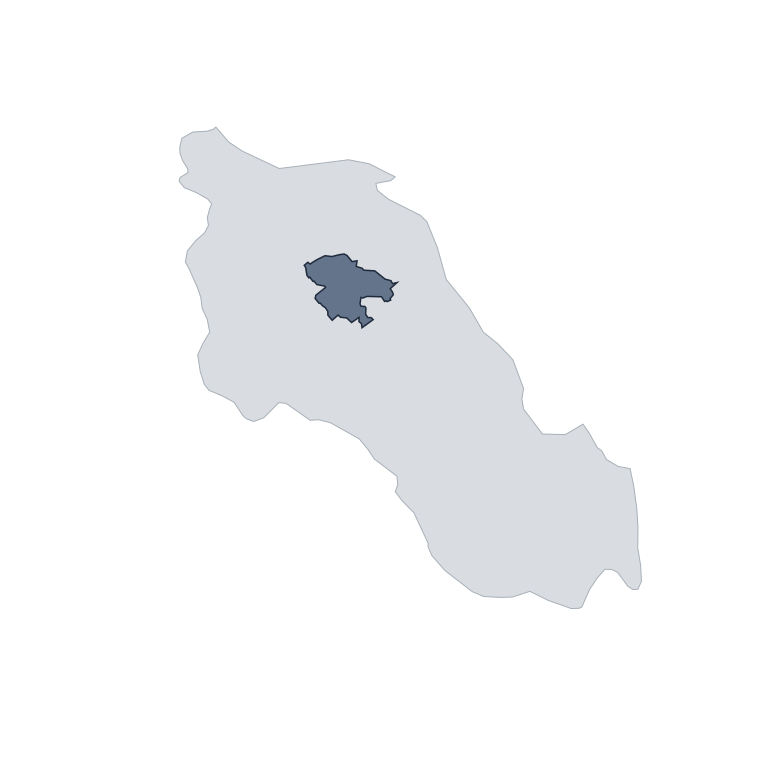 location of Berat, Berat, Albania, rotated 142°
{"feature_id": "67620474B3220488890929", "entity_name": "Berat", "entity_type": "district", "adm_level": 2, "iso_a3": "ALB", "parent_name": "Albania", "parent_adm1": "Berat", "projection": "equal_earth", "projection_center": [19.979, 40.671], "detail": "fine", "context": "in_parent", "style": "filled", "palette": "slate", "viewbox_px": 768, "rotation_deg": 142, "n_neighbors": 0, "source": "geoboundaries", "source_scale": "gbopen_adm2", "svg_char_len": 2416}
<svg xmlns="http://www.w3.org/2000/svg" viewBox="0 0 768 768"><g transform="rotate(142 384 384)"><path d="M251.9,229.8L252.5,219.3L255.1,202.6L253.6,197.1L255.2,187.6L250.3,174.9L242.2,165.8L250.1,149.7L261.5,130.2L272.1,114.7L284.9,98.7L293.4,83.2L302.6,70.0L310.4,65.9L314.4,68.8L316.4,74.5L315.9,91.7L318.6,97.6L324.0,102.0L335.5,99.8L348.3,95.6L365.4,86.5L368.3,87.1L374.7,91.8L387.9,112.5L396.7,130.8L414.1,137.1L423.8,144.3L436.2,155.1L442.3,166.0L450.8,199.4L451.9,219.6L449.4,228.8L447.3,231.2L439.7,264.1L441.6,280.9L441.5,292.0L435.0,296.4L430.6,303.3L437.8,330.8L436.9,342.6L437.3,356.0L450.2,386.8L457.7,396.3L464.5,400.8L473.2,429.2L478.4,434.1L499.4,431.4L509.7,434.6L513.8,441.3L514.7,445.9L513.4,461.8L518.7,474.1L525.8,486.7L525.8,494.4L521.1,507.0L512.8,521.7L501.7,527.4L489.4,532.2L483.5,543.7L480.6,555.8L475.1,564.9L471.7,574.8L466.6,595.1L465.4,602.4L457.1,609.9L444.1,612.9L432.6,613.5L424.7,617.0L420.8,623.9L413.4,629.5L408.9,632.0L409.0,638.2L414.4,651.1L420.5,661.6L420.6,670.0L417.6,672.3L408.2,671.3L406.2,674.4L405.2,683.8L402.6,691.8L398.7,696.7L392.0,702.1L379.6,700.3L367.9,692.2L361.8,689.8L358.3,690.0L357.4,670.3L352.4,655.0L333.9,618.3L274.0,582.6L260.0,566.6L253.8,553.1L247.7,540.4L253.6,540.1L259.5,543.3L266.9,547.1L270.0,540.8L266.8,526.9L251.5,494.5L250.3,485.6L258.0,458.5L270.6,428.1L269.9,391.4L273.8,363.7L269.6,345.8L267.5,323.8L276.8,294.5L284.6,287.3L289.5,278.1L289.9,247.0L272.3,232.5L251.9,229.8Z" fill="#d9dde1" stroke="#a8b0b8" stroke-width="1"/><path d="M352.9,441.4L353.2,444.2L355.8,446.3L355.5,450.3L351.4,455.0L351.4,457.1L352.2,457.5L354.3,459.7L353.5,462.0L348.9,466.4L347.5,464.6L345.1,464.1L343.1,463.2L332.3,454.3L332.7,448.7L331.0,448.2L330.8,447.0L327.1,446.0L326.7,447.5L321.7,448.6L320.7,451.2L320.4,455.3L311.3,455.9L315.5,457.9L314.9,461.1L318.6,466.0L321.6,478.8L329.9,486.2L329.9,488.6L333.5,493.7L329.4,497.7L333.8,500.1L334.0,508.1L335.4,511.0L339.4,513.3L346.6,516.5L351.5,521.4L360.0,523.2L365.0,523.8L368.4,524.0L369.1,526.8L373.8,526.6L374.0,524.1L377.8,517.1L377.9,513.9L376.7,513.9L376.8,508.6L375.8,508.0L375.7,503.7L370.5,497.7L370.6,496.1L383.1,495.9L385.6,493.8L385.5,487.6L384.5,487.0L384.2,483.2L383.2,480.2L383.6,475.7L385.8,472.9L385.8,470.0L385.6,466.1L377.8,466.6L377.2,463.4L372.7,459.0L371.7,452.4L362.7,451.9L365.3,448.5L364.6,445.4L366.7,441.9L352.9,441.4Z" fill="#64748b" stroke="#1e293b" stroke-width="1.5"/></g></svg>